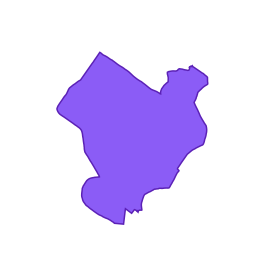 S'ang, Kândal, Cambodia, rotated 215°
{"feature_id": "14789045B53905428212695", "entity_name": "S'ang", "entity_type": "district", "adm_level": 2, "iso_a3": "KHM", "parent_name": "Cambodia", "parent_adm1": "Kândal", "projection": "albers", "projection_center": [105.024, 11.319], "detail": "fine", "context": "isolated", "style": "filled", "palette": "violet", "viewbox_px": 256, "rotation_deg": 215, "n_neighbors": 0, "source": "geoboundaries", "source_scale": "gbopen_adm2", "svg_char_len": 4769}
<svg xmlns="http://www.w3.org/2000/svg" viewBox="0 0 256 256"><g transform="rotate(215 128 128)"><path d="M61.7,122.2L62.2,122.5L63.0,122.6L63.8,122.7L64.1,123.0L64.3,123.6L64.3,124.6L64.3,126.7L64.4,130.4L64.4,134.5L64.4,135.7L64.4,138.2L64.4,140.5L63.7,143.0L63.0,145.6L62.6,146.9L62.1,147.9L61.3,149.3L60.6,151.0L58.6,154.6L57.9,155.8L57.3,156.7L57.1,157.3L57.1,158.2L57.3,159.0L57.5,159.8L57.7,160.5L58.0,161.2L58.3,161.9L58.7,162.9L59.1,164.5L59.6,165.9L60.0,166.9L60.3,167.5L60.5,167.8L60.7,168.3L61.0,169.1L61.8,170.6L62.6,171.8L63.6,173.0L64.3,173.7L65.1,174.5L66.1,175.0L67.4,175.5L68.3,175.8L69.7,176.5L71.8,177.4L73.5,178.2L75.4,179.1L76.9,180.0L78.3,180.9L80.0,181.9L81.5,182.8L82.8,183.5L84.1,184.2L85.2,184.8L86.4,185.5L87.7,186.3L88.5,186.8L88.7,187.7L88.9,189.8L89.3,191.6L89.7,192.5L89.9,193.3L89.9,193.7L90.2,194.4L90.7,195.9L91.2,197.1L91.1,198.2L90.8,199.9L90.4,201.6L90.1,203.4L89.7,205.0L89.2,206.4L88.5,208.0L88.1,208.9L87.9,209.5L88.3,210.4L89.5,211.7L90.6,213.2L91.6,214.6L92.0,215.1L92.3,215.2L93.2,215.4L93.7,215.4L94.7,215.5L95.2,215.5L95.5,215.5L96.4,215.6L97.2,215.8L97.6,215.8L98.7,215.6L100.1,215.6L102.1,215.6L110.2,215.5L110.8,215.8L110.7,215.0L111.1,214.8L111.4,215.1L111.8,215.1L112.0,214.7L112.1,213.9L112.6,213.6L112.6,212.8L111.8,212.3L111.5,211.5L111.3,210.6L111.5,210.0L112.2,209.4L113.5,208.9L114.9,208.2L116.0,207.8L117.4,207.3L118.3,206.8L119.1,206.4L120.0,205.9L120.4,205.0L120.5,204.4L120.5,203.6L121.0,202.7L121.6,202.0L122.9,201.2L124.1,200.4L125.2,199.4L126.4,198.2L127.1,197.5L127.7,196.3L127.4,195.7L126.6,194.7L125.8,194.1L123.9,192.3L122.7,190.5L121.9,189.3L121.6,188.9L122.2,186.8L122.5,185.4L122.9,183.5L122.9,181.2L122.9,179.4L122.3,177.0L121.6,175.6L120.8,174.7L121.5,174.4L122.8,174.5L123.7,174.4L125.2,174.3L126.7,174.0L128.0,173.7L129.6,173.3L131.1,173.0L133.0,173.0L134.9,173.1L137.5,173.3L139.1,173.4L141.9,173.5L143.6,173.6L145.3,173.4L147.3,173.3L149.1,173.3L151.3,173.4L152.9,173.5L154.4,173.7L156.3,174.0L157.8,174.2L159.1,174.4L160.6,174.5L161.6,174.5L162.6,174.5L164.2,174.4L165.5,174.5L167.4,174.5L169.6,174.3L171.3,174.2L173.4,174.2L175.4,174.3L177.7,174.4L179.2,174.4L179.9,174.5L180.9,174.3L181.9,174.2L183.4,174.2L184.8,174.2L185.8,174.2L187.0,174.1L188.0,174.0L189.1,173.8L190.2,173.6L191.5,173.7L192.6,173.8L193.5,173.9L194.5,173.8L194.4,168.3L194.4,166.9L194.4,165.6L194.4,163.9L194.3,162.1L194.4,160.3L194.4,140.0L195.1,138.7L195.5,137.8L196.1,136.0L196.8,133.7L197.5,132.1L198.0,130.4L198.5,128.6L198.8,127.6L198.9,126.5L198.8,125.2L198.5,123.9L198.3,122.7L198.0,121.0L197.9,119.8L198.1,118.1L198.2,116.5L198.1,114.0L198.1,111.4L198.1,108.7L198.0,106.9L198.0,106.1L197.8,105.0L197.4,103.3L196.8,102.5L195.7,101.7L194.4,101.0L193.4,100.6L192.5,100.4L191.5,100.2L190.3,100.2L189.0,100.2L186.2,100.3L183.8,100.3L181.7,100.3L180.0,100.3L177.5,100.3L175.8,100.3L173.8,100.2L172.6,100.2L171.5,100.3L170.3,100.2L169.8,100.2L169.1,100.2L168.3,100.2L166.7,100.0L164.9,99.4L163.7,98.6L162.0,97.1L160.5,95.4L158.6,93.5L157.2,91.9L155.7,90.3L154.3,88.9L153.5,87.9L152.9,87.3L151.7,85.7L150.5,84.5L149.5,83.6L146.8,82.4L144.8,81.7L142.1,80.4L140.2,79.5L137.9,78.6L135.9,77.7L134.1,76.9L132.6,76.2L131.1,75.5L130.0,75.0L128.2,74.2L126.5,73.3L124.8,72.6L123.8,72.0L123.4,71.6L123.8,71.2L124.3,70.8L125.0,70.1L125.9,69.4L127.1,68.4L127.7,67.7L128.2,67.3L128.5,66.9L129.1,66.3L130.1,65.1L130.8,63.9L131.3,62.5L131.6,61.2L131.6,59.6L131.5,57.5L131.4,55.9L131.4,54.8L131.1,53.7L131.0,53.0L130.7,52.1L130.2,51.3L129.5,50.0L128.9,48.9L128.3,47.8L127.2,46.1L126.3,45.1L125.0,44.1L123.9,43.1L122.3,42.1L121.1,41.7L119.7,41.2L118.3,40.7L117.5,40.6L116.8,40.6L115.6,40.6L114.0,40.4L112.3,40.3L109.9,40.3L107.9,40.2L105.8,40.2L104.0,40.2L102.0,40.3L100.9,40.5L99.6,40.8L98.8,40.9L98.2,40.9L97.6,40.9L96.5,41.1L94.8,41.4L92.6,42.0L89.5,42.3L87.2,42.3L86.1,42.4L85.6,42.4L85.0,42.2L84.4,42.2L76.5,46.7L83.4,59.6L83.8,60.4L76.1,60.2L75.9,64.8L75.6,64.9L75.1,65.1L74.8,65.0L74.4,65.2L74.0,65.2L73.5,65.0L73.0,64.9L72.8,65.2L72.6,65.9L72.3,65.8L72.2,65.5L72.3,65.1L72.0,64.9L71.5,64.8L71.8,65.6L71.9,66.4L71.6,67.1L71.0,67.6L70.2,68.2L69.7,68.5L69.6,68.8L70.4,69.7L71.6,71.0L72.8,72.4L73.5,73.5L74.1,74.8L74.5,76.1L74.8,76.9L75.3,78.4L75.7,79.9L76.0,81.0L76.2,81.9L76.2,82.9L76.0,83.7L75.3,84.9L74.9,85.9L74.5,86.7L74.1,87.5L73.7,88.0L73.3,88.7L72.9,89.5L72.6,90.3L72.0,91.2L71.8,91.9L71.4,92.8L70.9,93.4L70.4,93.7L70.1,94.1L69.3,94.8L69.0,95.1L68.5,95.4L68.0,96.3L67.2,97.0L66.0,97.7L64.9,98.5L64.1,99.3L62.9,100.3L61.8,101.1L60.9,101.7L60.3,102.2L60.0,102.6L60.0,103.0L60.0,104.0L60.2,105.2L60.3,106.3L60.4,107.9L60.6,109.3L60.7,110.7L60.8,112.0L61.0,113.2L61.2,114.4L61.4,115.5L61.6,116.8L61.7,117.7L61.9,118.9L61.9,119.6L61.8,120.8L61.7,121.7L61.7,122.2Z" fill="#8b5cf6" stroke="#5b21b6" stroke-width="1.5"/></g></svg>